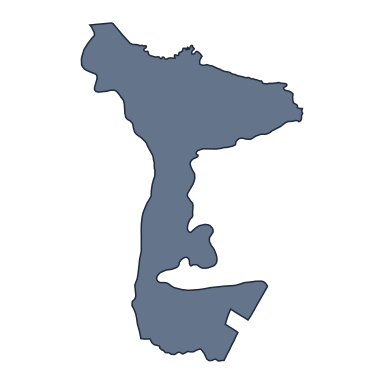 the district of Uspantán, Quiché, Guatemala
{"feature_id": "79465075B86057243605305", "entity_name": "Uspantán", "entity_type": "district", "adm_level": 2, "iso_a3": "GTM", "parent_name": "Guatemala", "parent_adm1": "Quiché", "projection": "orthographic", "projection_center": [-90.797, 15.482], "detail": "fine", "context": "isolated", "style": "filled", "palette": "slate", "viewbox_px": 384, "rotation_deg": 0, "n_neighbors": 0, "source": "geoboundaries", "source_scale": "gbopen_adm2", "svg_char_len": 5904}
<svg xmlns="http://www.w3.org/2000/svg" viewBox="0 0 384 384"><path d="M186.7,352.0L187.4,351.5L187.7,351.5L190.8,351.9L193.5,351.8L196.9,350.0L199.8,349.0L200.8,349.2L201.8,350.2L204.1,353.3L206.9,359.1L209.0,360.6L211.4,360.6L214.8,359.2L216.3,359.5L218.4,361.0L222.9,360.4L224.0,360.5L227.4,353.6L229.9,349.0L231.5,345.3L233.7,341.3L236.1,336.0L237.9,332.5L236.4,331.3L225.3,324.3L227.1,318.1L228.6,314.0L230.6,309.1L237.0,313.2L245.4,318.3L248.0,320.0L250.6,316.1L254.3,309.7L255.1,308.1L267.3,286.8L267.4,285.8L265.5,283.3L264.6,282.4L263.3,281.6L261.0,281.1L254.9,281.3L252.4,281.8L245.2,282.5L242.1,283.3L241.3,283.7L235.3,285.4L224.1,286.2L210.7,287.6L203.8,288.9L198.8,289.6L188.3,290.3L182.4,289.7L174.3,287.7L171.4,286.1L168.3,283.7L167.1,283.1L164.7,282.6L160.6,282.6L159.2,282.2L157.9,281.4L156.8,279.9L156.6,278.2L156.9,276.9L158.0,274.8L160.6,272.4L165.3,270.4L167.2,269.9L171.2,269.4L175.7,267.9L177.6,266.8L178.6,265.5L179.1,264.0L179.3,262.6L180.2,261.2L181.2,259.8L183.6,257.9L184.5,257.6L185.8,257.3L187.0,257.5L188.0,258.1L188.6,258.8L189.2,260.3L189.6,263.9L190.0,265.0L190.5,265.7L191.0,265.9L193.0,264.9L194.2,264.6L196.3,264.8L197.2,264.9L199.6,266.8L201.2,267.7L202.6,268.1L204.0,268.2L206.3,268.1L208.3,267.8L213.5,265.9L214.7,265.1L216.1,263.3L216.5,262.4L216.9,260.6L217.0,259.1L216.4,255.3L214.2,249.7L213.4,248.3L211.4,245.7L209.4,241.5L209.4,238.1L209.9,236.9L213.0,232.2L213.1,230.3L212.4,228.2L210.0,225.6L208.1,224.8L205.0,224.4L200.6,225.4L198.8,226.0L196.6,227.3L195.0,228.6L193.1,230.2L191.6,231.8L190.8,232.2L189.8,232.3L189.1,232.0L187.9,230.5L187.5,229.2L187.3,228.1L187.8,224.9L188.4,222.8L190.1,219.3L190.6,218.6L191.8,217.6L192.7,216.0L192.6,211.5L193.1,205.3L192.3,202.8L190.5,200.9L188.0,197.1L187.3,195.6L187.5,193.6L193.0,184.1L194.0,181.5L194.8,178.1L194.6,173.9L192.0,169.4L190.9,166.8L190.2,164.5L190.2,162.9L191.2,160.7L193.1,158.9L197.1,157.1L198.0,156.1L197.9,155.0L196.7,154.4L196.1,153.8L196.3,152.4L196.8,151.6L197.6,150.8L200.6,149.5L203.3,148.8L216.2,149.0L220.9,148.4L223.9,147.6L227.1,147.4L232.0,146.3L234.6,145.3L235.1,144.8L235.5,144.4L235.7,143.5L235.8,142.5L236.1,141.6L237.6,139.8L239.4,138.4L240.2,138.2L242.5,138.2L245.9,139.0L249.0,139.3L250.7,139.2L256.2,135.9L260.8,134.3L265.7,134.2L267.3,133.8L270.3,132.3L272.4,130.5L273.5,130.1L280.5,126.5L285.3,122.8L287.8,121.6L292.2,121.3L295.8,120.5L298.0,120.8L298.9,121.7L299.8,121.3L300.6,120.7L301.2,119.7L301.5,118.0L301.6,115.2L301.9,114.5L302.5,114.0L302.6,113.3L302.5,112.9L301.9,112.2L301.7,111.2L302.4,108.5L299.4,108.4L297.8,108.0L297.4,107.5L297.5,106.0L296.9,104.9L293.8,103.1L293.6,102.8L293.2,101.8L292.8,100.0L292.6,96.9L293.0,94.5L292.8,93.6L290.8,92.0L289.0,91.1L287.3,90.9L285.0,90.1L284.5,89.7L283.7,88.8L283.6,88.3L283.7,87.8L283.9,87.5L286.5,86.0L286.8,85.4L286.8,84.8L286.6,84.1L286.3,83.9L284.5,83.5L281.2,83.2L278.7,82.5L275.5,83.1L273.5,83.2L272.3,83.4L269.4,83.3L268.3,83.5L267.2,84.1L265.9,83.7L263.9,83.7L262.6,82.9L262.0,82.1L261.7,81.1L261.2,80.9L259.9,81.0L256.6,79.8L254.5,79.4L253.5,78.9L251.1,78.7L249.2,77.7L248.2,77.5L245.9,77.7L244.9,77.5L241.9,76.6L237.7,75.7L235.0,74.5L232.4,74.1L229.9,72.5L228.7,72.1L224.2,71.3L221.6,70.2L219.7,69.1L217.3,68.3L212.1,65.9L209.1,65.4L207.0,64.6L204.9,65.2L203.1,65.2L201.5,65.0L199.9,64.1L199.7,63.0L199.7,61.1L199.7,60.6L201.5,56.9L202.0,56.2L201.5,55.6L200.6,54.3L199.8,53.4L198.1,51.9L197.3,51.5L196.7,51.4L196.1,51.6L194.9,53.1L193.6,54.0L193.2,54.2L192.0,54.0L191.6,52.9L192.1,51.3L192.6,50.5L193.9,49.5L194.2,48.9L194.2,48.6L193.2,47.5L192.8,46.9L192.4,45.7L192.2,45.5L191.6,45.4L190.6,46.1L189.3,49.2L188.8,49.3L188.3,47.8L187.7,47.3L187.2,47.7L187.2,49.3L186.7,49.8L186.3,49.9L186.0,49.7L185.8,48.5L185.5,48.3L183.2,48.3L182.9,48.7L182.7,50.1L181.7,51.6L181.3,51.9L179.7,52.2L179.2,52.5L178.8,53.6L178.7,54.9L178.6,55.2L178.1,55.5L177.7,55.5L175.4,54.8L175.0,54.8L174.6,55.1L174.4,56.3L175.1,58.0L174.4,58.2L172.1,58.1L171.3,57.9L169.1,58.0L168.0,58.4L167.1,59.0L165.8,59.1L164.9,58.8L163.8,57.3L163.1,57.0L162.4,57.2L161.7,58.4L161.3,58.7L160.9,58.7L160.6,58.6L159.2,57.1L158.3,56.8L155.6,57.1L150.2,55.6L148.8,54.6L148.5,54.0L148.1,51.9L147.7,51.3L145.4,51.5L145.0,51.5L144.5,51.1L143.9,50.3L143.8,49.5L144.0,49.1L146.0,47.6L146.3,46.9L146.1,45.9L144.7,45.7L143.6,46.1L142.1,45.3L141.7,45.3L140.5,45.7L140.1,45.7L137.2,44.6L132.8,44.5L130.1,43.3L122.2,34.6L113.1,23.7L112.3,23.2L111.4,23.0L89.9,25.0L91.5,27.1L94.2,32.5L94.5,34.2L94.3,35.7L92.0,38.0L87.5,44.0L85.8,46.8L84.9,48.0L84.1,49.5L82.0,56.2L81.4,59.1L81.6,64.3L81.7,65.3L82.2,65.8L82.5,66.7L84.4,69.0L86.3,70.2L89.3,71.6L95.5,74.0L96.7,75.1L97.0,76.2L97.0,79.0L94.5,87.8L94.5,89.5L95.3,90.9L96.1,91.5L97.7,92.0L99.8,92.0L106.8,91.2L110.4,90.3L113.3,90.1L115.7,90.7L117.2,92.0L119.8,95.3L120.7,96.5L120.8,97.0L122.0,98.3L122.0,98.6L123.0,99.6L123.6,100.8L124.3,103.9L124.9,113.4L125.9,117.6L127.3,119.2L130.2,120.9L132.1,122.9L132.8,124.4L133.4,127.9L134.6,132.0L136.5,134.3L139.0,136.2L139.5,136.3L142.7,139.0L145.8,142.3L146.7,143.7L147.2,145.3L152.3,154.7L153.1,156.6L153.5,159.8L154.4,163.1L154.2,164.4L154.4,168.5L154.9,169.6L154.9,174.7L154.6,176.7L153.4,180.0L153.4,180.5L153.0,181.1L152.9,182.4L152.3,184.1L151.3,190.8L151.2,195.6L150.8,196.7L148.6,200.7L147.3,202.6L145.9,205.7L144.1,210.1L143.0,213.1L142.2,216.9L141.4,223.6L141.2,230.4L141.3,234.9L141.3,251.1L139.5,260.0L139.2,263.6L138.0,274.2L137.1,279.1L134.8,285.0L135.8,295.5L135.3,298.2L134.5,299.4L132.5,301.3L132.2,302.0L132.0,305.5L134.5,310.4L135.8,314.1L136.6,318.1L137.4,323.8L139.6,331.8L140.9,338.6L145.1,339.1L149.9,338.9L150.2,339.4L151.8,342.5L152.5,343.3L154.2,344.7L158.0,345.6L159.2,346.1L159.7,346.6L159.9,348.3L162.4,350.3L163.2,350.3L163.5,350.5L165.3,352.5L165.9,352.7L168.3,352.6L169.1,352.8L171.2,354.3L174.5,354.5L178.1,352.3L179.3,352.2L180.5,352.6L181.4,353.3L182.6,353.9L183.4,353.8L186.7,352.0Z" fill="#64748b" stroke="#1e293b" stroke-width="1.5"/></svg>